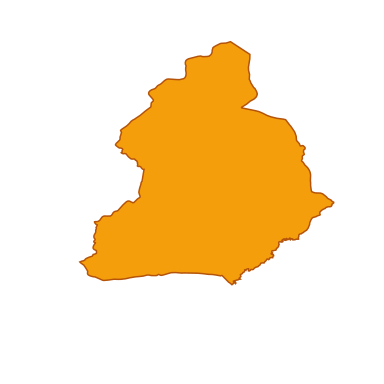 Andoung Meas, Rôtânôkiri, Cambodia, rotated 230°
{"feature_id": "14789045B1558360713921", "entity_name": "Andoung Meas", "entity_type": "district", "adm_level": 2, "iso_a3": "KHM", "parent_name": "Cambodia", "parent_adm1": "Rôtânôkiri", "projection": "natural_earth1", "projection_center": [107.29, 13.96], "detail": "fine", "context": "isolated", "style": "filled", "palette": "amber", "viewbox_px": 384, "rotation_deg": 230, "n_neighbors": 0, "source": "geoboundaries", "source_scale": "gbopen_adm2", "svg_char_len": 5925}
<svg xmlns="http://www.w3.org/2000/svg" viewBox="0 0 384 384"><g transform="rotate(230 192 192)"><path d="M210.5,61.1L209.1,61.2L205.5,62.1L203.1,61.9L199.6,61.4L198.3,61.1L196.7,59.5L195.5,59.2L193.9,59.7L192.2,60.7L190.8,61.7L189.2,63.2L182.1,66.7L181.0,67.5L178.2,71.5L175.3,76.2L172.1,79.8L170.7,81.6L168.1,85.6L166.3,89.2L163.2,94.4L161.2,97.2L159.0,100.5L157.3,104.1L155.9,105.8L155.0,106.4L153.8,107.5L151.0,110.8L150.6,111.7L150.5,113.1L150.2,113.5L149.2,114.1L148.7,114.2L147.8,115.0L146.9,116.7L144.0,123.3L143.2,124.7L140.6,127.9L136.7,131.8L134.9,134.1L126.2,144.1L122.3,148.0L118.3,151.7L115.9,154.4L113.6,156.5L109.4,160.0L108.9,161.2L108.5,161.4L99.4,162.1L97.8,162.6L95.3,163.0L95.4,163.8L95.2,164.2L95.3,164.8L95.6,165.1L95.8,165.8L95.4,166.2L93.8,166.4L94.0,167.0L94.9,167.4L95.3,167.3L96.6,166.7L96.4,166.2L97.0,166.4L96.9,166.8L96.8,167.4L96.3,167.8L96.3,168.4L95.7,169.9L95.1,170.6L95.2,171.5L94.2,173.0L95.6,172.9L95.8,173.4L95.7,174.7L96.0,175.3L97.5,175.8L97.5,176.3L97.2,177.8L97.2,178.3L97.6,179.3L97.2,180.7L97.6,181.5L98.5,182.3L98.3,182.8L97.3,183.0L97.7,183.9L97.7,184.4L97.3,185.4L96.9,185.9L96.3,185.5L95.4,184.6L94.8,184.9L94.5,185.7L94.6,186.3L94.6,186.7L94.8,187.3L93.6,188.5L93.4,188.9L93.3,189.5L93.6,190.5L93.4,192.4L92.4,194.6L92.6,195.9L92.4,196.7L92.4,197.1L93.2,198.9L92.5,200.3L91.3,201.6L91.9,203.2L91.7,203.9L92.4,206.4L92.0,206.9L90.9,207.3L91.0,207.8L90.9,208.3L91.5,209.1L90.8,210.6L89.8,211.6L90.8,212.8L90.6,213.5L91.2,213.9L91.7,214.0L92.2,213.9L93.1,213.1L93.6,212.9L94.0,213.2L93.7,214.5L94.8,214.5L95.3,215.1L95.5,215.7L94.8,216.4L94.3,217.7L93.8,218.3L93.6,218.8L93.7,219.4L94.2,219.8L94.3,220.8L94.5,221.2L94.3,221.8L94.7,223.4L95.4,224.0L95.6,224.7L95.9,225.1L96.6,225.2L97.7,226.2L97.8,226.7L97.3,227.7L96.4,228.0L95.6,229.3L95.6,229.7L95.9,229.7L96.4,229.4L96.9,229.5L97.2,230.0L97.3,230.5L96.5,230.5L97.1,232.2L96.7,232.6L95.7,231.9L95.2,232.2L94.6,232.9L94.6,233.4L95.5,233.3L95.8,233.9L95.7,234.5L95.4,234.7L93.8,234.8L93.8,236.8L93.3,236.7L93.0,236.5L92.2,236.5L92.5,237.5L93.1,237.6L92.3,238.1L91.8,238.1L91.4,238.9L90.7,238.4L90.0,239.1L89.1,240.5L88.9,241.5L87.4,243.3L88.0,243.8L88.8,244.2L89.3,245.3L90.4,246.1L90.5,247.8L89.8,248.6L89.7,250.1L89.4,251.3L89.5,252.1L89.3,253.7L89.4,254.1L89.0,255.0L89.7,257.7L91.5,261.2L92.8,262.5L94.1,265.1L94.8,267.2L94.7,268.3L93.4,271.1L93.1,272.8L92.1,275.2L92.5,275.8L93.4,276.0L94.5,277.2L94.6,279.2L94.6,280.6L94.1,282.7L93.8,283.4L94.0,284.4L93.7,285.6L92.9,287.3L92.0,288.2L91.6,289.2L91.6,289.7L91.7,290.3L92.2,290.9L92.7,291.2L92.5,293.4L93.1,294.0L95.1,293.2L96.1,293.4L99.8,291.9L102.3,291.8L106.6,290.9L108.6,289.7L112.0,285.9L113.6,284.8L115.4,283.9L117.1,284.7L120.7,287.0L122.7,288.7L124.6,290.0L128.8,293.8L131.1,295.1L133.2,295.8L136.3,296.2L140.5,295.8L142.7,296.2L143.8,296.2L144.7,295.9L145.4,296.0L145.9,296.5L146.6,298.0L148.1,299.1L148.7,299.8L148.6,302.1L149.9,302.8L150.7,302.9L152.0,304.1L152.5,305.0L152.3,306.1L152.7,306.7L153.5,307.2L155.8,307.0L156.6,306.4L157.2,305.1L157.7,304.6L159.0,304.9L160.0,305.3L163.7,305.2L164.6,305.4L167.7,307.6L171.0,308.9L172.6,309.3L178.4,309.9L180.9,309.9L187.2,310.2L189.1,308.8L193.8,304.5L198.8,300.8L202.6,298.6L206.7,296.9L210.8,294.8L213.7,292.7L224.4,284.2L224.8,284.2L225.0,284.7L224.2,290.4L224.2,294.9L223.3,299.5L223.5,302.1L224.1,303.6L225.2,305.1L227.3,306.0L230.7,306.7L232.4,306.4L237.8,307.2L239.6,307.9L241.5,308.3L245.0,311.6L248.8,313.5L251.3,315.4L256.8,321.8L260.2,324.8L282.4,318.1L284.2,313.8L287.2,309.8L287.6,308.8L288.6,304.7L289.1,301.7L289.1,300.9L287.7,298.7L286.2,297.3L285.3,295.6L285.0,294.5L285.1,292.4L286.0,290.8L288.0,288.2L288.8,287.2L290.1,286.4L290.7,285.9L292.1,283.7L296.2,275.1L296.6,273.5L296.6,272.8L296.6,271.8L295.6,270.2L294.2,269.1L292.6,268.6L292.0,268.1L291.3,267.1L289.6,265.6L286.9,264.0L285.8,262.9L284.8,261.7L284.1,260.1L284.2,258.4L286.2,254.5L288.2,252.3L293.8,246.5L294.7,244.9L295.0,242.5L294.8,238.0L295.0,236.5L295.4,234.9L295.5,233.8L295.0,230.9L295.1,229.8L296.3,226.6L296.5,224.3L296.2,223.2L295.8,222.5L295.0,221.9L294.2,221.6L292.6,221.6L288.3,221.7L287.2,221.5L286.6,220.6L286.5,218.3L286.2,217.8L284.0,215.6L283.6,215.0L284.0,208.5L284.0,201.5L284.6,196.2L284.7,194.9L285.1,193.1L285.3,191.0L284.7,187.1L284.6,184.1L285.2,178.7L285.2,177.4L285.0,176.8L283.1,176.4L281.4,174.0L280.6,172.6L280.1,172.0L279.0,171.1L278.6,170.6L278.3,169.9L277.9,165.0L277.5,164.0L277.3,163.7L276.6,163.6L272.9,164.4L272.0,165.0L271.5,165.7L269.9,166.5L269.1,166.3L268.7,165.2L268.4,164.8L267.6,164.3L267.7,163.1L267.3,163.0L265.6,163.8L265.3,164.2L264.8,165.1L263.6,166.0L260.2,165.9L258.7,166.1L256.5,166.6L255.6,167.4L254.5,168.9L253.6,169.3L252.8,169.1L251.6,169.7L251.1,169.7L250.5,169.3L249.7,169.3L248.7,168.4L248.0,168.2L247.1,166.9L246.3,167.1L246.1,167.4L245.7,167.7L245.6,168.1L244.6,168.7L244.1,168.9L242.9,168.7L241.4,168.8L241.0,169.1L240.3,169.3L240.1,169.7L232.4,160.7L232.2,159.8L231.6,158.7L230.8,157.9L228.6,154.4L226.6,151.8L225.8,151.0L224.3,150.3L223.1,149.9L221.6,149.2L221.4,148.3L221.7,146.0L221.3,140.6L222.0,139.6L222.6,139.5L223.6,138.9L225.0,138.4L225.8,137.7L226.4,136.8L226.7,135.4L226.5,131.1L225.4,123.3L225.6,122.5L226.7,120.3L226.9,119.2L226.8,118.3L226.2,116.7L225.9,115.3L226.0,114.2L227.9,111.7L229.8,109.6L230.4,108.5L230.6,107.2L230.5,106.5L229.6,103.0L229.8,101.4L230.4,100.1L231.4,99.0L231.8,98.2L231.3,97.8L230.6,97.7L229.0,97.7L227.6,98.3L226.4,95.6L225.7,95.4L225.3,95.0L224.7,93.7L223.4,92.7L222.7,91.6L221.9,89.4L221.4,88.7L220.7,88.0L219.7,87.5L218.5,87.5L217.8,87.2L217.6,86.8L217.4,85.3L217.0,84.8L216.6,84.7L216.1,84.8L215.3,85.4L215.0,85.0L214.3,82.4L213.6,81.2L212.9,80.4L212.1,80.0L211.5,80.0L210.5,80.2L209.1,80.9L208.3,81.0L207.5,80.2L206.7,79.8L206.5,78.9L206.8,77.9L207.7,76.1L207.5,75.6L207.1,75.1L207.0,74.3L208.4,70.7L209.1,68.1L209.1,67.0L208.8,66.2L209.1,64.5L209.8,63.4L210.5,61.1Z" fill="#f59e0b" stroke="#b45309" stroke-width="1.5"/></g></svg>